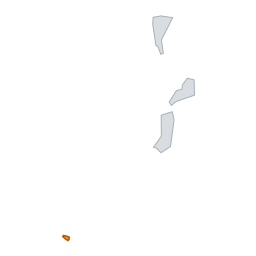 location of Salt Cay within Turks and Caicos Islands, rotated 89°
{"feature_id": "TCA-5008", "entity_name": "Salt Cay", "entity_type": "state/province", "adm_level": 1, "iso_a3": "TCA", "parent_name": "Turks and Caicos Islands", "parent_adm1": "", "projection": "orthographic", "projection_center": [-71.208, 21.326], "detail": "fine", "context": "in_parent", "style": "filled", "palette": "amber", "viewbox_px": 256, "rotation_deg": 89, "n_neighbors": 0, "source": "natural_earth", "source_scale": "10m", "svg_char_len": 638}
<svg xmlns="http://www.w3.org/2000/svg" viewBox="0 0 256 256"><g transform="rotate(89 128 128)"><path d="M148.5,100.1L147.8,102.9L136.8,94.8L115.8,94.6L112.5,83.6L120.5,81.8L147.2,85.8L153.3,95.4L148.5,100.1ZM18.5,81.4L40.5,93.1L53.9,91.4L54.9,93.9L47.7,96.5L45.9,98.6L24.5,101.5L17.8,100.9L16.5,93.1L18.5,81.4ZM106.2,84.2L102.8,86.4L91.6,79.1L90.0,73.3L86.0,73.0L79.3,67.8L81.0,61.1L96.3,60.9L102.4,79.6L106.2,84.2Z" fill="#d9dde1" stroke="#a8b0b8" stroke-width="1"/><path d="M236.1,188.7L238.0,188.8L239.5,190.0L237.8,192.5L235.4,195.1L234.3,194.3L235.3,190.5L236.1,188.7Z" fill="#f59e0b" stroke="#b45309" stroke-width="1.5"/></g></svg>